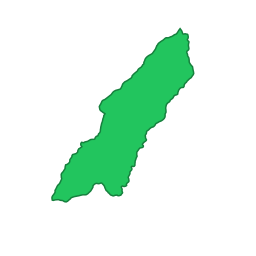 Khipisa, Daga, Bhutan (Equal Earth projection), rotated 233°
{"feature_id": "84629894B72063035508805", "entity_name": "Khipisa", "entity_type": "district", "adm_level": 2, "iso_a3": "BTN", "parent_name": "Bhutan", "parent_adm1": "Daga", "projection": "equal_earth", "projection_center": [89.941, 27.038], "detail": "fine", "context": "isolated", "style": "filled", "palette": "green", "viewbox_px": 256, "rotation_deg": 233, "n_neighbors": 0, "source": "geoboundaries", "source_scale": "gbopen_adm2", "svg_char_len": 5875}
<svg xmlns="http://www.w3.org/2000/svg" viewBox="0 0 256 256"><g transform="rotate(233 128 128)"><path d="M165.2,124.8L165.1,123.5L164.4,122.2L163.6,120.7L163.1,119.4L162.4,118.0L161.3,117.4L159.8,116.7L158.5,116.5L157.5,116.9L155.1,117.5L153.7,118.1L153.2,118.2L152.5,116.2L151.3,115.0L150.5,113.6L149.4,112.4L148.2,110.9L147.6,109.8L146.9,109.0L146.5,108.5L145.7,107.6L145.1,106.8L144.3,106.1L143.4,105.1L142.0,103.9L141.2,102.5L141.0,100.9L139.9,99.3L140.4,97.6L140.1,96.1L139.3,95.2L139.3,94.2L140.5,92.6L141.3,91.1L141.5,89.0L141.7,87.6L142.8,85.2L142.9,83.8L144.5,82.3L144.1,81.1L142.9,80.1L140.8,79.9L140.8,77.6L141.0,76.2L140.3,74.6L139.0,73.2L138.8,71.3L139.2,70.1L140.1,67.8L139.7,66.7L138.8,65.9L138.4,64.8L137.8,62.7L136.2,61.2L135.7,60.4L135.5,57.8L136.1,56.0L134.5,54.1L133.6,53.6L132.9,51.8L132.2,50.0L131.7,47.6L130.9,46.5L129.7,45.8L128.8,45.1L127.6,44.7L126.9,43.8L125.1,40.5L124.7,39.2L124.5,37.3L123.9,36.0L122.7,33.7L122.1,32.2L121.2,31.6L120.4,30.8L119.6,28.6L119.3,27.3L118.9,26.3L118.0,25.2L116.0,24.1L115.2,24.7L114.3,26.8L112.7,29.3L111.8,30.0L111.1,30.3L110.2,31.3L109.2,32.3L107.5,32.9L106.2,34.1L105.9,35.6L106.1,38.0L106.1,39.3L106.5,40.7L105.6,43.6L104.6,45.7L103.4,48.1L102.7,49.9L101.8,51.8L100.7,53.2L99.9,54.4L99.7,56.3L100.0,58.7L100.1,60.1L100.8,62.0L101.8,64.3L103.0,65.4L103.3,67.2L103.2,68.3L103.1,68.7L103.0,69.1L102.6,69.7L102.0,70.2L101.1,71.1L100.9,71.5L100.5,72.9L100.2,73.4L100.0,73.7L99.7,73.9L98.8,74.0L98.1,74.1L96.7,74.2L96.3,74.2L95.8,74.1L94.7,73.8L94.1,73.6L93.4,73.4L92.7,73.3L92.3,73.1L91.6,73.0L91.0,73.0L90.6,73.2L90.2,73.2L89.4,73.4L88.3,73.3L88.0,73.3L87.6,73.6L87.2,73.6L86.3,73.7L85.9,73.7L85.6,73.7L85.2,73.8L84.8,73.9L83.8,74.6L82.8,75.2L82.5,75.6L82.3,76.1L82.2,76.7L82.1,77.0L81.9,77.5L81.6,77.8L81.2,78.6L81.0,78.9L80.7,79.0L80.2,79.1L79.8,79.4L79.5,79.8L79.3,80.1L79.0,81.1L78.8,81.6L78.7,82.0L79.0,82.7L79.2,83.3L79.4,84.4L79.7,84.8L80.2,85.0L80.7,85.1L81.1,85.2L81.8,85.7L82.4,86.3L83.6,86.8L84.2,86.8L84.6,87.0L84.9,87.2L85.2,87.6L85.1,88.2L85.0,88.7L84.7,88.9L84.0,89.3L83.5,89.8L83.4,90.1L83.1,90.8L83.0,91.2L82.9,91.8L82.9,92.2L83.1,92.5L83.6,92.6L84.0,92.8L84.3,93.3L84.5,94.1L84.6,94.6L84.6,95.0L84.6,95.8L84.7,96.3L85.1,96.9L85.8,97.3L87.0,98.0L87.4,98.1L87.9,98.2L88.3,98.3L88.6,98.6L89.0,99.3L89.6,100.7L90.1,101.7L90.5,102.2L91.1,102.5L91.6,103.1L91.9,103.5L92.0,104.0L92.3,105.4L92.4,105.8L92.6,106.1L92.9,106.4L93.2,106.6L93.6,106.8L93.9,106.9L94.6,107.0L95.0,107.4L95.1,107.8L95.0,108.3L94.7,108.5L94.0,109.2L93.7,109.9L93.8,110.3L93.9,110.7L94.1,111.1L94.4,111.3L94.9,111.7L95.5,112.2L96.4,113.1L97.2,113.7L97.4,114.0L97.9,114.8L98.5,115.7L99.0,116.3L99.2,116.7L99.6,117.5L99.9,118.1L100.1,118.4L100.8,118.6L101.2,118.8L102.0,119.4L102.4,119.7L103.1,120.2L103.3,120.5L103.6,120.9L103.7,121.4L103.8,121.7L104.0,122.2L104.2,123.0L104.7,124.5L104.8,125.0L104.8,125.4L104.7,125.8L104.5,126.2L103.8,127.7L103.7,128.1L103.7,128.5L104.0,129.1L104.3,129.4L104.7,129.6L105.6,129.5L106.3,129.7L106.6,130.2L106.9,131.6L107.0,132.6L107.0,133.2L107.0,133.8L107.0,134.7L107.1,135.1L107.4,135.6L107.8,135.7L108.1,135.8L108.9,135.8L109.3,135.9L109.7,136.1L110.3,136.6L111.5,137.1L111.7,137.4L111.9,137.7L112.1,138.1L112.2,138.5L112.5,139.2L112.8,139.6L113.1,139.9L113.9,140.6L114.1,141.0L114.2,141.5L114.1,142.3L114.1,143.0L114.1,143.4L114.4,145.2L114.4,146.1L114.4,146.6L114.3,147.2L114.1,147.8L113.9,148.4L113.7,148.8L113.7,149.2L113.7,149.7L113.8,150.4L113.9,151.0L114.6,152.5L114.7,152.9L114.7,153.3L114.5,154.3L114.4,154.9L114.3,156.3L114.2,156.9L113.8,158.3L113.7,158.7L113.6,159.5L113.6,160.1L113.6,160.8L113.6,161.4L113.8,162.4L113.9,162.8L114.3,163.7L114.6,164.2L115.0,164.6L115.4,165.0L116.1,165.4L116.5,165.8L116.8,166.0L117.2,166.8L117.6,167.6L117.8,167.9L119.7,169.2L120.8,169.8L121.8,170.6L122.8,171.8L123.1,172.2L123.5,172.7L123.8,173.5L124.0,174.3L124.1,175.0L124.0,176.5L124.0,177.0L124.2,177.6L124.6,178.0L124.9,179.2L124.8,180.7L125.0,182.2L125.2,182.5L126.0,184.3L125.8,185.6L125.2,186.9L125.2,187.6L125.2,188.2L126.1,188.9L127.0,190.2L127.7,191.2L128.1,192.4L128.4,193.7L128.2,194.9L127.1,196.7L127.5,197.8L128.5,198.7L129.3,200.3L129.4,202.2L129.9,203.4L130.1,205.3L130.3,206.7L130.2,208.8L130.9,210.7L131.3,212.2L132.0,213.3L133.4,214.1L134.6,214.6L136.2,215.4L138.1,216.4L139.5,216.3L140.9,216.2L142.1,216.3L143.3,216.4L144.5,217.0L145.4,217.7L147.2,218.7L148.0,218.9L148.9,218.9L149.9,219.1L150.5,219.6L151.5,220.0L152.6,220.2L153.4,220.7L153.8,221.2L154.0,223.4L154.5,224.2L155.2,224.7L155.9,225.0L156.6,225.4L157.3,225.7L158.5,226.7L159.0,227.2L159.4,227.8L160.0,228.4L160.4,228.6L161.4,228.4L162.4,228.4L162.8,228.5L163.2,229.0L163.4,229.7L164.0,230.5L164.8,231.1L166.5,231.9L167.0,231.9L167.3,231.7L167.8,231.2L168.8,230.4L169.2,229.7L169.5,229.0L169.9,228.6L170.5,228.5L171.2,228.7L171.9,229.0L172.8,229.2L173.5,229.4L175.2,229.4L176.0,229.4L175.4,227.2L174.9,226.1L174.1,223.8L174.1,222.6L174.4,221.8L174.6,221.0L174.6,220.2L174.6,219.2L174.7,218.4L174.9,217.6L175.2,216.8L175.5,215.4L175.7,214.8L175.9,214.3L176.8,213.2L177.1,212.7L177.3,212.0L177.2,210.6L177.1,209.6L177.1,208.6L177.3,206.4L177.3,204.6L177.3,203.4L177.1,202.6L176.6,201.6L176.4,200.6L174.6,197.6L174.1,196.2L172.9,192.4L172.9,191.6L173.0,190.7L173.2,189.3L173.4,187.9L173.4,186.1L173.3,185.3L173.1,184.3L172.7,183.2L172.4,182.7L171.9,182.1L171.0,180.4L170.6,179.9L169.9,179.5L169.7,179.2L169.6,178.5L169.6,177.7L169.4,177.2L168.9,176.3L168.7,175.4L168.7,174.3L168.8,173.3L168.8,172.4L168.7,171.6L168.2,170.3L167.9,169.8L167.8,169.4L167.8,168.9L167.8,167.3L167.7,166.1L167.6,164.7L167.2,162.7L166.5,162.0L166.0,160.7L166.1,159.3L166.2,157.7L166.3,155.8L166.8,153.1L166.6,151.8L166.3,150.2L165.1,148.4L163.9,146.0L163.7,145.4L164.0,144.6L164.5,143.1L165.4,141.0L165.7,139.1L165.7,137.9L165.4,136.7L164.8,134.7L164.7,128.8L164.7,126.7L165.2,124.8Z" fill="#22c55e" stroke="#15803d" stroke-width="1.5"/></g></svg>